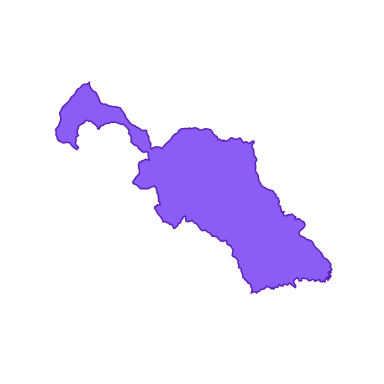 Condoto, Chocó, Colombia (Mercator projection), rotated 235°
{"feature_id": "7082276B80062952170187", "entity_name": "Condoto", "entity_type": "district", "adm_level": 2, "iso_a3": "COL", "parent_name": "Colombia", "parent_adm1": "Chocó", "projection": "mercator", "projection_center": [-76.519, 5.096], "detail": "fine", "context": "isolated", "style": "filled", "palette": "violet", "viewbox_px": 384, "rotation_deg": 235, "n_neighbors": 0, "source": "geoboundaries", "source_scale": "gbopen_adm2", "svg_char_len": 6039}
<svg xmlns="http://www.w3.org/2000/svg" viewBox="0 0 384 384"><g transform="rotate(235 192 192)"><path d="M235.8,239.7L236.7,238.1L236.6,236.6L237.3,235.6L237.3,234.9L239.0,233.5L240.2,233.4L242.7,231.6L244.7,227.2L246.0,226.5L246.6,224.0L248.0,223.2L248.1,222.1L249.6,220.3L249.7,219.5L250.0,219.1L249.8,216.1L248.3,213.9L249.2,211.6L248.7,207.9L247.1,204.5L246.4,198.0L244.9,192.3L247.1,191.4L249.9,188.1L250.5,185.5L250.4,183.6L250.8,183.3L251.9,183.3L255.3,186.1L259.2,186.3L262.0,188.3L266.5,188.7L268.1,189.9L268.9,189.7L270.6,187.0L272.1,185.8L274.0,185.5L277.0,183.8L278.9,183.3L281.1,181.6L282.6,181.0L290.4,180.5L293.7,181.4L302.1,181.4L305.1,178.9L306.5,177.0L311.1,172.6L313.0,172.2L314.9,169.6L316.7,168.5L318.6,168.4L323.7,169.7L327.8,170.3L329.1,170.3L330.7,169.2L332.6,168.7L334.5,168.7L338.4,169.2L340.6,170.8L340.6,168.0L342.3,165.1L342.3,162.4L341.4,160.8L341.9,156.9L339.7,152.7L339.1,150.7L339.0,147.4L337.0,143.7L335.8,134.7L332.5,128.9L331.3,128.2L328.3,127.3L326.6,126.2L322.6,120.5L321.8,117.1L321.1,115.9L319.2,115.2L316.5,113.2L313.8,112.9L312.7,112.1L310.1,112.2L307.8,113.9L306.6,114.2L305.7,115.2L304.2,118.4L302.2,120.1L298.2,120.3L295.6,120.9L294.2,121.7L292.9,121.8L293.2,124.0L294.0,124.7L297.5,123.9L298.4,124.1L300.9,126.9L302.4,127.5L303.6,128.4L303.4,131.3L305.3,131.4L306.8,132.6L308.5,133.0L309.1,135.1L310.8,136.7L311.1,138.7L310.5,143.6L311.7,145.6L310.8,147.3L308.8,148.2L308.1,149.6L307.3,150.2L305.1,150.4L303.0,151.3L299.5,151.9L298.0,151.0L297.4,151.3L296.9,152.2L297.4,152.6L297.5,153.5L298.3,154.5L298.3,155.4L297.7,157.9L297.6,160.8L295.9,163.2L295.6,165.6L292.9,169.6L288.0,172.9L287.0,174.2L285.4,175.1L281.0,175.8L277.6,175.6L276.8,173.9L275.2,173.7L273.9,174.2L271.5,173.5L269.8,172.0L268.6,171.7L267.8,170.7L267.3,171.0L263.8,171.6L260.8,173.8L258.2,173.1L257.0,173.8L256.1,173.7L255.0,174.3L254.0,174.1L252.2,175.3L250.9,178.1L250.1,178.7L249.3,178.7L247.8,177.4L242.8,175.2L243.0,174.4L244.3,173.9L245.4,172.8L245.7,169.9L246.3,168.7L246.0,167.4L246.6,166.1L245.3,164.0L242.7,162.5L239.2,161.0L237.2,159.2L236.3,154.7L234.5,149.9L233.5,148.8L232.9,148.8L231.7,149.1L230.9,150.1L230.3,150.4L227.9,151.2L224.1,151.7L222.4,154.5L221.0,155.9L220.1,157.7L219.5,159.4L219.6,161.3L218.7,163.2L218.7,164.5L217.7,164.5L216.4,165.2L214.6,164.3L212.5,163.8L211.7,162.8L209.7,163.2L209.3,162.6L207.6,162.2L207.2,161.4L206.0,161.1L203.8,159.3L202.2,159.8L201.2,158.9L199.6,158.8L200.8,156.8L201.5,156.2L200.4,154.9L201.2,154.1L201.3,153.4L201.0,152.7L200.4,152.2L198.3,152.0L197.2,152.2L195.2,151.6L193.5,151.6L189.2,152.1L187.6,151.8L187.0,152.2L184.5,151.2L183.6,151.8L182.9,153.4L181.3,153.7L180.0,155.4L178.0,155.1L177.7,156.0L176.8,157.0L172.6,156.2L172.2,157.5L172.6,160.5L173.0,161.8L174.3,162.9L173.5,164.1L173.5,164.7L173.8,165.5L175.1,166.8L175.3,168.6L176.6,170.6L176.6,171.8L176.1,172.6L175.5,172.6L174.0,171.5L171.3,170.4L170.3,171.2L169.0,173.8L168.9,175.4L168.3,175.9L165.6,176.2L162.7,177.7L156.5,177.6L155.1,178.0L154.2,178.5L153.1,180.8L151.9,181.6L150.9,181.5L149.4,182.3L148.5,183.2L147.4,182.9L145.3,183.4L144.1,183.1L143.1,184.9L141.7,185.9L141.2,186.6L138.4,186.8L135.0,187.6L134.6,188.5L133.5,189.5L132.9,192.3L131.2,192.0L129.5,190.8L126.8,191.9L126.6,192.8L120.7,192.4L119.8,191.7L119.7,190.8L118.7,190.4L117.4,188.8L116.3,188.4L112.8,190.3L109.5,190.4L107.1,188.8L105.6,188.4L104.9,188.6L103.9,187.1L102.9,187.1L100.7,188.4L99.2,187.0L95.9,186.3L92.4,184.6L90.9,185.3L89.5,185.0L88.9,185.9L88.0,185.5L86.9,186.0L85.2,185.6L84.1,186.8L83.3,186.9L80.8,186.3L79.9,185.7L78.8,186.1L77.2,185.0L75.4,182.7L74.8,185.3L74.1,186.4L73.5,186.9L72.3,186.9L72.7,188.5L72.1,189.7L72.5,192.9L71.3,195.2L71.2,196.4L71.7,196.9L71.5,197.8L71.9,199.1L70.3,200.1L69.8,200.8L68.9,200.9L68.5,201.5L68.1,201.3L67.3,201.5L67.5,202.2L67.1,203.2L66.1,202.7L65.8,202.9L66.1,206.6L64.8,207.5L66.2,210.4L64.6,210.8L62.9,212.4L62.8,212.8L63.6,213.6L63.7,214.2L63.1,215.4L60.9,217.0L61.6,218.6L61.7,219.4L54.5,221.8L55.2,223.0L59.8,223.5L61.1,224.5L61.5,228.9L59.7,229.5L58.2,228.8L57.2,229.3L56.5,230.9L56.9,231.5L58.2,232.3L57.9,233.6L56.6,234.4L55.8,235.6L54.9,236.3L53.7,236.8L53.1,236.5L51.8,237.5L51.4,238.5L51.6,240.0L51.3,240.9L50.6,241.4L48.9,241.3L48.7,241.9L48.0,242.2L48.4,243.1L47.9,243.6L47.9,244.7L47.2,245.3L47.1,246.4L46.1,246.3L45.3,245.6L43.9,246.8L43.7,248.5L42.2,249.0L42.2,249.6L43.8,250.8L44.0,252.0L44.6,252.4L44.2,253.2L44.5,254.0L43.6,253.9L42.5,252.7L41.8,252.8L41.7,253.3L41.9,253.8L44.5,255.5L44.2,256.0L43.0,255.5L42.6,255.6L42.7,256.2L43.4,256.7L43.5,257.7L45.2,257.6L46.2,256.7L47.1,257.3L48.2,257.3L48.1,258.3L46.2,258.8L46.5,259.9L47.8,259.3L48.1,259.9L47.8,261.1L48.3,262.0L49.5,262.4L51.4,262.2L52.6,264.0L53.4,264.3L58.8,264.1L62.6,262.3L68.0,263.0L76.7,261.3L82.4,262.0L84.4,261.2L87.7,258.6L90.3,258.0L94.0,255.6L95.7,255.5L97.4,256.6L98.2,257.9L98.6,262.7L99.5,264.8L100.7,266.0L103.2,266.4L104.1,266.3L105.1,265.0L107.6,264.8L108.6,264.4L109.2,263.7L109.8,261.4L110.2,260.9L110.8,261.0L111.5,262.3L112.2,262.6L113.2,261.9L116.3,261.4L117.1,260.3L117.0,258.6L118.2,257.9L118.0,256.6L118.6,256.3L119.0,254.6L119.8,253.8L122.1,254.3L123.0,256.1L123.6,255.4L123.6,254.4L124.3,253.8L125.9,254.8L128.9,255.7L129.6,256.4L130.4,255.6L132.0,255.6L133.1,256.7L133.4,257.5L134.5,258.4L135.5,258.2L136.8,259.0L138.5,258.9L139.6,258.1L142.0,259.3L142.8,258.8L146.6,258.9L150.6,255.6L156.7,252.7L158.2,252.7L159.7,253.2L162.2,253.0L168.2,255.8L172.6,255.9L177.0,259.3L179.0,260.0L179.9,261.0L181.0,263.2L182.2,263.9L186.6,264.0L191.1,266.7L195.0,266.9L196.1,268.5L196.9,271.2L197.8,271.9L199.0,270.8L199.1,268.8L198.8,267.3L199.2,266.5L201.7,265.5L202.4,264.5L202.9,262.5L208.5,262.4L208.9,262.1L209.2,259.5L210.2,257.8L211.1,256.9L212.9,256.3L214.0,255.1L214.1,254.3L213.6,252.9L213.9,249.5L214.7,248.3L215.4,248.2L215.5,247.3L216.1,247.5L216.0,247.0L216.6,246.8L216.6,246.0L218.1,245.2L219.5,244.9L219.9,243.5L222.6,244.2L224.1,243.8L224.8,242.9L225.9,243.2L227.2,242.7L230.4,243.2L232.4,243.0L235.8,239.7Z" fill="#8b5cf6" stroke="#5b21b6" stroke-width="1.5"/></g></svg>